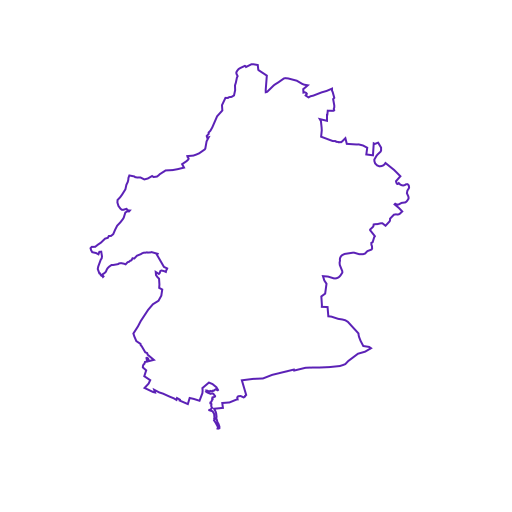 Sieu-Odorhei, Bistrita-Nasaud, Romania, rotated 45°
{"feature_id": "2599482B30244428073322", "entity_name": "Sieu-Odorhei", "entity_type": "district", "adm_level": 2, "iso_a3": "ROU", "parent_name": "Romania", "parent_adm1": "Bistrita-Nasaud", "projection": "albers", "projection_center": [24.269, 47.13], "detail": "fine", "context": "isolated", "style": "outline", "palette": "violet", "viewbox_px": 512, "rotation_deg": 45, "n_neighbors": 0, "source": "geoboundaries", "source_scale": "gbopen_adm2", "svg_char_len": 6136}
<svg xmlns="http://www.w3.org/2000/svg" viewBox="0 0 512 512"><g transform="rotate(45 256 256)"><path d="M344.4,370.4L342.7,369.2L342.6,367.8L344.1,365.9L347.3,364.7L347.6,363.0L347.2,362.7L347.3,361.2L333.9,353.9L340.8,345.0L347.5,337.7L351.5,328.6L363.1,309.5L364.0,310.0L370.0,300.1L372.9,296.9L380.0,289.7L386.5,282.6L393.1,274.5L394.6,271.6L395.6,269.3L395.5,265.0L397.2,253.0L400.8,246.5L402.5,239.9L400.3,240.3L395.5,243.8L389.8,242.0L386.0,240.3L384.4,239.3L383.2,238.3L367.5,237.6L364.6,238.3L362.0,239.8L358.6,242.3L352.1,245.6L349.8,247.5L342.7,241.5L338.5,245.4L337.3,244.1L330.8,238.4L331.5,233.7L325.5,225.8L321.6,225.0L317.6,222.9L321.5,219.6L327.0,216.7L328.3,215.4L329.2,213.7L329.6,211.9L329.5,210.0L328.8,206.7L327.7,205.7L326.5,205.2L321.6,203.1L319.9,201.7L318.6,199.8L318.0,199.4L317.0,198.2L316.3,196.3L316.3,194.5L317.2,191.9L322.2,185.1L323.0,184.3L327.8,181.7L330.6,178.8L331.4,177.1L331.3,174.2L331.4,173.6L333.1,169.8L332.9,168.7L331.0,167.0L329.7,166.5L328.3,165.2L328.7,163.7L326.2,159.0L326.2,158.1L325.9,157.9L318.7,157.1L318.2,156.9L318.0,156.4L318.1,152.7L317.9,151.9L316.9,150.5L317.8,149.2L319.3,147.6L321.0,144.8L322.2,143.5L326.2,143.0L326.0,137.3L325.8,136.5L325.2,135.6L324.4,134.8L324.3,129.3L325.4,127.7L326.9,126.5L327.6,125.3L327.8,124.5L327.9,121.1L323.1,121.0L317.5,121.5L317.5,120.6L319.1,120.1L320.4,118.8L321.4,115.5L323.7,112.5L323.9,111.2L323.8,109.9L323.3,107.6L322.8,107.0L321.7,106.2L318.3,104.9L316.8,102.7L316.2,100.0L315.7,99.2L314.1,98.1L312.9,98.0L312.2,98.2L311.3,99.4L311.1,100.6L310.2,102.1L309.0,102.9L307.5,103.5L305.4,103.5L305.4,104.7L305.0,105.2L303.6,105.0L302.1,104.1L301.7,97.5L292.8,97.5L281.8,98.7L282.1,100.5L281.9,102.0L281.2,103.6L279.9,105.3L277.6,106.3L274.8,106.3L272.8,105.3L271.5,104.2L270.4,100.1L270.2,98.4L270.3,94.2L269.9,93.0L267.8,90.9L262.2,89.5L260.8,92.7L259.6,93.1L267.5,102.1L262.2,106.2L258.1,100.8L253.5,102.2L249.8,104.4L248.2,106.1L240.9,112.5L235.9,109.5L235.9,114.2L235.7,115.4L234.8,116.1L234.3,117.0L233.7,117.1L232.0,118.5L231.6,118.4L230.8,118.7L228.9,120.5L217.7,125.6L213.6,120.6L211.7,118.9L206.5,114.7L204.3,114.1L210.6,110.2L206.3,105.9L206.5,105.6L204.0,102.5L207.8,98.9L208.2,98.3L208.2,97.6L207.0,97.0L206.2,95.5L204.9,94.2L199.6,90.5L199.5,88.8L194.4,85.9L192.8,85.3L191.4,83.9L189.2,89.4L186.7,93.9L183.1,102.1L181.6,104.5L181.0,106.7L177.6,107.4L177.3,105.4L176.2,105.2L174.6,105.8L174.0,106.9L171.4,104.6L171.7,101.8L171.9,98.7L168.9,100.8L167.1,101.6L160.9,103.2L153.2,107.7L151.0,109.5L150.2,110.7L149.0,117.5L148.2,120.9L147.9,122.7L147.8,131.4L147.7,132.3L147.1,133.3L145.6,131.9L136.1,120.8L126.3,122.8L125.8,122.6L122.2,119.7L118.5,122.3L117.2,123.6L115.3,129.4L114.4,129.2L113.7,129.4L112.0,134.1L111.5,136.1L111.7,138.2L112.2,140.0L113.2,140.9L115.8,141.8L116.4,143.4L119.2,147.7L120.5,150.2L124.0,153.5L126.9,158.0L126.2,160.8L124.8,162.5L124.4,163.5L124.4,164.1L122.6,165.8L125.3,173.4L129.3,176.9L129.7,184.7L134.2,196.1L135.2,199.8L135.2,202.2L136.2,203.1L136.3,206.0L137.8,206.8L138.6,205.5L140.0,209.9L144.2,215.9L144.4,216.9L143.2,223.6L142.0,226.6L140.7,229.3L136.8,233.9L137.7,234.4L139.3,234.6L139.7,235.1L139.9,236.2L139.8,238.2L138.8,243.3L142.6,244.4L139.2,250.0L136.3,254.2L131.6,259.4L130.1,266.2L130.1,267.8L129.8,269.9L127.7,272.6L126.0,272.9L124.7,277.7L122.9,280.8L118.7,282.2L116.6,284.4L114.8,285.7L113.7,285.8L109.5,288.6L110.6,291.0L111.8,292.4L113.0,294.4L114.0,297.3L116.5,301.2L117.9,307.3L118.4,310.5L118.5,314.3L120.2,316.2L123.4,317.9L126.8,318.4L128.4,318.2L129.4,317.3L131.1,314.2L132.6,314.4L133.7,313.9L134.6,313.1L134.7,314.3L133.3,315.5L132.9,317.7L135.4,322.5L135.8,324.2L136.3,328.2L136.4,332.7L137.8,337.0L139.6,341.5L139.3,344.3L137.8,346.0L138.4,347.9L137.0,350.4L136.9,356.2L136.2,359.7L135.8,363.2L133.4,365.7L133.5,367.5L135.3,368.5L137.5,369.1L140.8,367.0L143.4,366.2L142.3,363.8L143.5,362.4L147.4,365.2L148.6,366.9L148.8,368.3L151.9,375.0L153.3,377.1L157.4,379.0L157.8,378.6L159.1,379.1L160.5,379.3L161.9,378.8L162.6,379.0L162.6,378.3L161.1,378.1L160.4,377.7L160.9,375.4L161.0,373.8L160.8,372.9L160.0,370.9L159.7,369.5L159.7,367.5L160.2,364.5L161.2,363.6L163.8,359.9L164.3,359.1L164.4,358.1L165.7,356.4L168.1,354.8L169.7,354.1L169.6,351.2L170.3,349.9L170.4,348.2L170.9,347.4L170.9,346.8L170.3,344.9L171.7,343.9L171.6,340.0L173.3,336.0L173.5,334.9L174.1,333.4L174.5,332.8L175.6,331.7L176.3,330.5L177.0,330.2L179.0,327.9L179.4,327.1L184.9,324.0L185.0,324.3L184.8,325.1L198.6,328.8L202.0,327.6L202.4,328.5L202.7,329.7L203.5,331.0L201.9,331.6L199.4,333.1L199.0,334.2L200.0,336.3L200.0,337.4L196.4,338.2L198.8,340.2L201.1,340.6L203.5,340.6L207.9,344.5L210.1,347.0L213.4,346.0L217.1,351.0L218.7,356.6L217.2,363.0L217.8,370.4L220.5,383.5L222.3,389.2L224.1,397.5L226.8,398.9L231.6,400.8L236.5,399.8L237.6,400.6L238.9,400.6L245.8,402.4L247.7,401.6L249.2,402.4L257.2,401.7L254.7,405.9L252.1,404.8L250.9,405.0L250.7,405.6L253.7,407.6L252.4,409.4L253.3,411.1L253.2,412.3L253.8,413.7L254.8,414.8L259.2,414.5L262.0,420.0L269.0,418.6L270.3,422.2L270.5,428.1L279.3,425.0L281.1,423.9L278.6,422.6L284.0,420.9L287.5,419.1L294.4,416.5L298.4,414.8L301.5,414.0L300.6,412.3L303.8,411.4L304.2,412.2L312.5,408.9L309.5,403.3L313.0,401.1L318.4,398.3L315.1,390.9L313.3,388.8L311.5,387.3L312.2,378.8L315.8,377.3L320.8,376.8L323.9,377.6L323.9,377.9L323.7,378.2L321.8,378.6L321.4,380.2L321.4,381.3L320.7,381.7L320.6,382.7L319.1,383.7L319.2,384.1L318.3,385.1L316.5,385.8L316.2,386.1L316.7,386.2L316.7,387.2L318.2,386.9L321.3,385.6L321.4,385.2L322.7,383.8L323.4,383.6L326.2,384.0L326.4,384.3L325.8,386.0L325.2,386.7L325.7,387.7L326.6,387.9L326.8,388.3L326.7,389.1L327.4,390.2L327.5,390.8L327.3,391.8L328.0,392.5L328.9,392.1L329.7,392.7L330.2,393.6L331.3,394.2L332.3,394.4L332.4,395.2L332.4,397.1L331.8,397.8L332.0,398.1L335.1,396.5L337.8,397.2L338.6,397.7L341.1,399.9L341.5,400.7L342.2,400.7L342.6,401.2L342.6,401.9L345.2,402.4L350.2,403.9L350.8,405.2L351.3,404.9L351.9,403.7L350.9,402.6L348.3,401.3L346.1,400.7L343.9,399.4L342.8,399.0L341.8,397.6L339.3,395.6L337.7,394.7L334.4,393.6L340.0,386.8L336.1,383.8L340.8,378.3L343.9,370.9L344.4,370.4Z" fill="none" stroke="#5b21b6" stroke-width="2"/></g></svg>